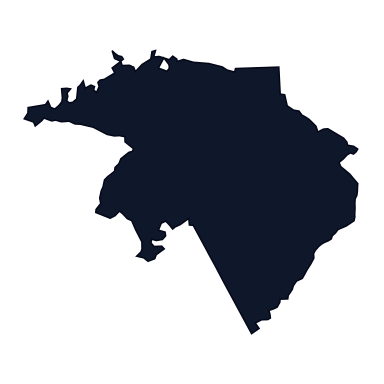 Santa Rosa, Rio Grande do Sul, Brazil (Equal Earth projection), rotated 269°
{"feature_id": "56859067B17988346737710", "entity_name": "Santa Rosa", "entity_type": "district", "adm_level": 2, "iso_a3": "BRA", "parent_name": "Brazil", "parent_adm1": "Rio Grande do Sul", "projection": "equal_earth", "projection_center": [-54.489, -27.84], "detail": "fine", "context": "isolated", "style": "filled", "palette": "ink", "viewbox_px": 384, "rotation_deg": 269, "n_neighbors": 0, "source": "geoboundaries", "source_scale": "gbopen_adm2", "svg_char_len": 2765}
<svg xmlns="http://www.w3.org/2000/svg" viewBox="0 0 384 384"><g transform="rotate(269 192 192)"><path d="M108.1,303.4L112.1,305.6L117.8,309.4L123.7,312.7L128.2,312.5L131.3,314.1L135.4,317.8L137.7,320.7L139.3,323.6L140.8,327.4L142.6,330.4L145.8,331.5L148.4,334.6L151.9,337.3L153.7,341.7L155.3,345.6L157.8,349.5L160.4,353.5L164.1,354.4L166.8,354.3L172.3,354.7L178.1,354.7L182.2,355.0L185.8,356.8L189.9,357.4L194.0,357.6L197.5,357.9L207.2,350.0L209.9,346.9L214.8,341.2L219.0,339.5L222.6,344.1L226.3,347.6L228.3,351.0L227.1,354.1L229.3,356.8L232.0,358.5L234.9,354.4L236.1,348.3L239.1,347.8L243.2,344.6L249.5,334.4L252.9,328.9L252.6,324.5L249.8,318.9L255.6,317.1L259.4,313.5L262.6,310.3L264.8,307.1L267.1,303.2L271.1,300.4L272.1,295.0L276.5,288.7L287.6,286.4L288.4,281.9L311.9,281.1L315.4,281.0L314.7,237.6L311.2,236.8L313.3,229.3L316.6,224.4L320.2,211.0L321.7,195.6L324.7,185.9L322.9,179.7L325.3,179.0L328.2,175.1L324.7,171.5L326.6,166.2L328.1,161.4L327.6,156.0L334.1,158.0L333.1,154.4L325.7,153.1L320.5,144.4L317.4,141.4L313.4,137.5L317.8,135.9L319.8,131.7L319.7,124.4L323.9,123.1L317.4,114.3L312.4,116.9L308.9,110.9L306.2,106.3L305.5,102.0L303.2,99.8L299.2,101.0L293.3,98.3L295.7,95.4L299.1,96.4L300.7,92.8L297.7,87.0L305.1,85.2L300.8,82.1L298.7,79.7L287.1,78.3L283.7,74.2L283.4,70.4L285.6,68.4L289.8,69.5L293.2,68.9L297.2,72.4L297.9,68.5L297.6,63.4L288.5,64.0L284.5,63.4L280.8,60.4L277.4,56.2L279.1,52.2L285.5,49.6L281.9,47.0L279.3,29.6L273.8,29.3L268.1,25.5L264.7,34.8L260.7,36.4L265.9,43.0L268.5,45.2L265.5,53.0L266.2,56.9L264.5,62.5L264.9,70.4L262.1,76.1L261.7,81.6L258.5,94.3L251.0,108.2L249.4,115.3L249.6,120.4L248.4,125.9L243.3,125.9L236.3,134.3L233.6,133.0L232.8,129.6L226.6,121.5L221.7,119.5L217.9,115.5L214.1,114.9L211.0,110.9L208.9,108.0L205.6,104.7L198.6,103.1L194.9,101.3L187.5,99.6L182.1,100.5L176.3,95.8L173.2,95.4L167.2,109.7L169.6,114.6L174.1,119.1L171.8,122.0L166.4,126.9L164.4,131.2L155.2,135.0L143.0,141.0L135.8,141.0L132.9,139.9L128.8,135.5L127.0,142.6L123.5,146.8L125.9,153.6L129.8,155.1L132.4,158.7L135.6,163.3L138.4,160.8L138.2,153.1L142.0,150.0L145.5,151.0L144.1,155.4L145.0,161.6L148.6,164.9L152.4,164.4L154.4,157.8L161.3,160.7L163.3,165.3L159.0,169.2L155.3,172.0L157.4,174.6L159.6,179.7L165.6,188.3L159.0,188.8L158.7,192.6L138.1,203.3L129.3,207.8L117.1,214.2L100.8,222.4L90.2,227.9L49.3,249.1L54.4,256.7L59.9,253.0L63.0,259.4L63.1,265.5L64.6,268.2L68.6,267.8L72.2,266.8L73.8,271.7L75.3,275.1L80.2,277.9L83.3,278.2L83.4,285.9L86.9,286.4L90.4,288.9L92.9,290.6L96.6,291.7L101.1,295.0L103.7,300.8L108.1,303.4ZM326.6,166.2L319.7,171.2L316.2,171.5L313.2,169.1L316.5,160.6L326.6,166.2ZM323.9,123.1L326.1,125.7L328.6,124.1L329.5,120.6L332.0,117.3L334.7,114.6L326.8,116.9L323.9,123.1Z" fill="#0f172a" stroke="#020617" stroke-width="1.5"/></g></svg>